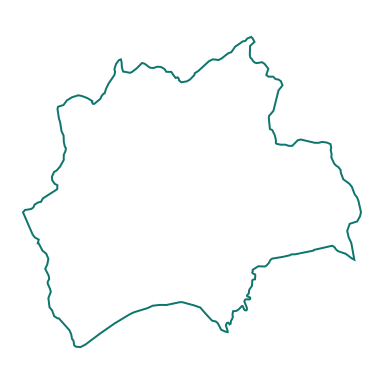 Kindia, Kindia, Guinea (orthographic projection)
{"feature_id": "49546643B82751767083924", "entity_name": "Kindia", "entity_type": "district", "adm_level": 2, "iso_a3": "GIN", "parent_name": "Guinea", "parent_adm1": "Kindia", "projection": "orthographic", "projection_center": [-12.699, 10.108], "detail": "fine", "context": "isolated", "style": "outline", "palette": "teal", "viewbox_px": 384, "rotation_deg": 0, "n_neighbors": 0, "source": "geoboundaries", "source_scale": "gbopen_adm2", "svg_char_len": 3311}
<svg xmlns="http://www.w3.org/2000/svg" viewBox="0 0 384 384"><path d="M74.2,345.3L75.9,346.7L80.5,347.1L85.5,344.5L99.6,333.9L114.5,323.5L129.9,314.2L134.2,312.2L147.3,308.2L152.8,305.7L159.7,304.9L166.4,305.0L179.8,302.2L182.4,302.2L194.1,305.4L200.4,307.6L204.9,312.9L212.0,320.6L215.8,321.5L217.9,323.3L221.1,329.7L225.5,331.7L227.7,332.1L227.7,331.5L227.6,331.1L227.0,329.0L225.9,325.5L226.5,323.6L227.2,322.9L228.3,322.7L229.7,324.4L230.6,323.8L231.0,320.8L232.3,318.7L232.8,316.8L232.5,314.3L233.1,311.2L236.0,311.0L238.7,309.4L240.9,307.1L242.0,306.0L242.7,306.1L244.1,309.4L245.0,310.3L246.0,310.4L246.8,309.9L246.9,308.7L246.9,307.9L244.3,301.3L245.0,299.8L245.8,299.3L249.8,299.4L250.3,298.5L250.0,297.5L247.1,296.2L247.0,295.4L248.8,293.4L249.2,289.9L252.0,285.8L252.3,280.3L253.2,279.6L255.0,279.3L255.3,275.0L254.7,274.1L253.4,273.8L252.6,273.2L252.2,272.4L252.8,271.1L252.7,269.8L258.2,266.3L264.9,266.5L266.2,265.8L268.8,263.1L270.5,259.8L272.2,258.6L283.2,256.8L284.9,256.4L289.7,255.3L291.3,254.4L295.0,254.3L313.5,250.6L314.0,249.9L320.6,248.4L331.5,245.9L332.7,245.9L334.9,247.6L335.6,249.0L337.9,251.1L345.9,253.9L351.8,258.4L353.0,259.0L354.3,259.7L351.3,242.9L348.7,237.4L347.2,231.0L349.7,223.8L357.2,221.4L360.0,216.3L361.0,212.3L358.5,201.1L357.1,197.5L354.7,194.4L351.8,186.7L349.3,183.7L343.3,179.3L340.8,172.6L340.6,170.0L338.3,167.0L336.3,165.8L334.1,163.5L331.3,157.3L331.6,154.2L330.7,150.1L331.2,147.7L330.5,144.1L328.8,143.4L327.0,142.6L322.2,141.9L318.8,142.8L314.7,142.8L300.8,139.5L297.8,140.2L292.3,145.8L289.0,145.9L285.3,144.7L280.9,144.7L276.8,143.9L275.9,143.2L275.9,139.9L274.7,135.0L272.2,130.0L269.9,129.0L268.8,118.0L269.1,115.9L273.4,110.9L278.5,90.4L282.5,85.4L281.3,82.3L280.8,81.1L278.4,79.5L275.6,79.1L273.2,76.7L268.5,76.7L266.3,75.0L268.3,68.7L264.5,63.8L261.9,62.2L257.0,63.1L255.0,62.7L253.0,61.0L252.0,59.2L250.4,57.7L249.8,54.9L250.1,45.9L254.5,41.9L253.4,39.8L252.8,38.6L251.2,36.9L247.3,38.5L245.4,40.9L242.5,41.5L239.7,43.6L235.2,46.6L231.3,52.2L228.3,53.2L221.5,58.5L218.3,60.1L216.2,59.6L212.6,59.4L211.2,60.1L209.0,61.2L198.4,70.9L194.8,73.2L194.3,75.1L189.9,79.6L187.0,81.3L181.4,82.3L179.0,80.4L178.8,78.7L177.6,77.3L175.7,78.0L173.7,75.5L171.3,71.9L166.3,71.8L164.5,69.0L161.0,67.0L157.4,66.7L153.3,68.0L149.9,67.7L146.9,65.4L144.6,63.7L142.0,63.0L136.9,68.2L131.8,72.1L130.1,72.8L123.1,71.5L121.9,67.5L121.6,62.3L120.9,59.4L119.0,60.1L116.1,63.8L114.4,69.2L115.1,71.8L114.4,75.0L108.5,83.7L106.0,88.9L104.6,93.4L103.6,93.6L101.6,96.0L100.3,98.9L94.2,103.9L92.9,103.8L91.9,102.1L92.3,101.1L87.4,98.1L81.8,96.0L78.3,95.3L71.9,97.3L66.8,100.5L63.5,105.0L58.0,106.8L57.5,108.9L58.9,118.4L60.1,122.1L61.5,131.1L63.6,135.6L63.8,141.7L64.8,146.5L65.9,148.1L65.5,151.1L63.8,154.7L63.7,160.1L59.9,166.8L56.5,170.6L54.1,171.9L51.9,176.7L52.2,180.2L54.7,183.8L57.4,185.2L57.2,189.2L43.0,198.3L40.9,201.9L38.2,202.4L34.6,204.6L33.4,207.4L31.2,209.0L25.0,210.0L23.0,212.3L26.3,219.9L29.6,227.6L32.7,234.6L34.8,237.4L38.7,239.6L37.8,243.3L38.7,243.4L42.5,250.7L46.2,253.7L48.4,258.9L47.3,264.4L45.2,268.8L48.7,275.7L49.2,279.1L47.7,281.7L47.7,283.6L50.0,288.8L50.8,291.8L48.4,298.1L49.5,307.2L52.1,310.4L54.2,316.2L57.5,318.3L58.9,318.4L69.5,330.3L71.2,334.3L72.0,338.8L73.4,340.5L74.2,345.2L74.2,345.3Z" fill="none" stroke="#0f766e" stroke-width="2"/></svg>